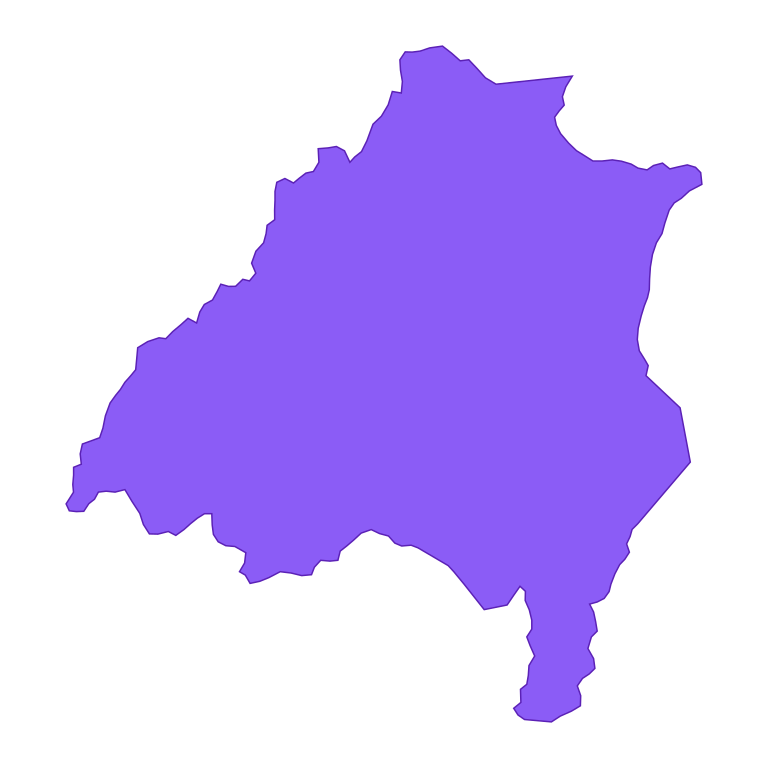 Presidente Tancredo Neves, Bahia, Brazil (Natural Earth projection)
{"feature_id": "56859067B22769757743228", "entity_name": "Presidente Tancredo Neves", "entity_type": "district", "adm_level": 2, "iso_a3": "BRA", "parent_name": "Brazil", "parent_adm1": "Bahia", "projection": "natural_earth1", "projection_center": [-39.429, -13.456], "detail": "fine", "context": "isolated", "style": "filled", "palette": "violet", "viewbox_px": 768, "rotation_deg": 0, "n_neighbors": 0, "source": "geoboundaries", "source_scale": "gbopen_adm2", "svg_char_len": 2869}
<svg xmlns="http://www.w3.org/2000/svg" viewBox="0 0 768 768"><path d="M82.4,444.0L80.2,453.9L81.3,464.2L73.6,467.3L73.6,475.1L72.8,484.6L73.5,492.2L66.1,503.9L69.3,510.8L76.4,511.6L83.8,511.3L88.8,503.7L94.5,499.2L98.4,492.1L106.2,491.2L115.1,492.1L124.9,489.6L132.1,501.6L139.8,513.4L143.4,524.5L149.4,533.9L157.9,534.1L168.3,531.5L175.8,535.4L183.9,529.6L190.5,523.7L197.3,518.2L204.5,513.7L211.8,513.7L212.2,524.9L213.4,534.4L218.2,541.8L225.8,545.7L234.9,546.5L245.8,552.7L244.6,563.0L239.5,571.7L245.3,575.1L250.1,583.4L259.8,581.3L268.9,577.6L280.2,571.7L291.0,573.0L301.7,575.6L311.5,574.7L314.4,567.2L320.7,560.3L330.0,561.1L337.9,560.3L340.2,551.1L346.7,546.0L353.5,540.2L361.2,533.1L371.2,529.6L379.6,533.6L388.5,536.0L394.8,543.1L401.7,546.0L411.1,545.2L417.9,547.8L448.2,565.6L453.8,571.7L464.1,584.2L484.2,609.6L507.1,605.0L513.7,595.3L520.0,586.3L525.4,591.3L525.2,600.5L529.3,609.9L531.8,620.2L531.8,629.1L526.8,636.9L530.1,645.6L534.7,656.0L529.0,665.5L528.3,675.5L526.8,684.3L520.5,689.3L520.9,702.4L513.7,708.3L518.0,715.0L524.5,719.5L551.4,721.9L560.3,716.1L571.5,711.1L580.4,705.8L580.7,695.7L577.3,685.9L582.5,678.4L589.3,673.9L594.9,668.4L593.6,658.6L587.9,648.5L591.4,636.9L597.2,631.1L595.6,621.5L593.6,612.0L589.6,604.1L597.2,602.0L604.2,598.4L609.1,591.6L610.9,584.2L614.9,573.8L619.7,564.6L624.8,559.3L629.4,552.2L626.6,543.9L630.1,536.5L632.1,529.4L637.8,523.7L690.3,462.1L680.1,407.8L646.0,375.7L648.2,365.6L644.6,359.3L639.3,350.8L637.3,339.5L638.2,328.3L641.2,315.9L644.3,305.8L647.5,297.6L649.3,289.7L649.6,278.8L650.4,266.9L652.5,254.4L656.4,242.8L662.0,233.6L664.9,222.9L669.2,210.1L674.2,202.9L681.3,198.3L689.4,190.9L701.9,184.3L700.7,172.6L695.5,167.3L687.3,164.9L677.7,167.0L669.8,168.9L662.5,163.1L653.5,165.5L647.1,169.9L638.0,168.1L631.2,164.1L621.5,161.2L612.4,159.9L602.2,161.0L592.9,161.0L583.9,155.3L576.5,150.7L568.7,143.2L560.6,133.7L556.3,125.4L554.6,117.2L559.2,110.9L564.2,105.1L562.4,96.7L565.8,86.8L572.3,76.1L496.0,84.2L485.4,77.8L477.5,69.0L468.8,59.8L460.2,60.8L451.6,53.2L442.5,46.1L429.7,47.9L420.1,51.1L412.2,52.1L405.2,51.9L399.9,59.8L400.5,70.2L402.4,81.5L401.3,93.0L392.3,91.5L388.2,104.8L381.4,116.2L373.0,124.2L366.9,140.8L361.5,151.6L354.7,157.0L349.9,162.3L344.5,150.8L336.4,146.5L328.2,147.9L318.2,148.7L318.9,162.3L313.4,171.5L305.9,173.1L299.4,178.1L293.5,183.0L284.9,178.5L276.8,182.3L275.0,191.4L275.0,200.4L274.6,210.1L274.7,219.7L267.1,225.3L266.1,233.6L263.6,242.8L255.9,251.2L251.6,263.2L255.8,273.2L249.5,280.9L242.8,279.3L235.6,286.3L228.5,286.4L220.8,284.2L217.2,291.5L212.5,300.0L204.3,304.5L199.8,312.0L196.6,323.0L188.0,318.3L180.7,324.9L172.8,331.5L165.8,338.7L159.0,337.8L147.7,341.6L137.7,347.7L137.0,355.6L135.7,369.7L130.5,376.0L124.9,382.3L120.3,389.6L115.8,395.1L110.1,403.0L105.4,415.8L102.9,428.2L99.7,437.7L82.4,444.0Z" fill="#8b5cf6" stroke="#5b21b6" stroke-width="1.5"/></svg>